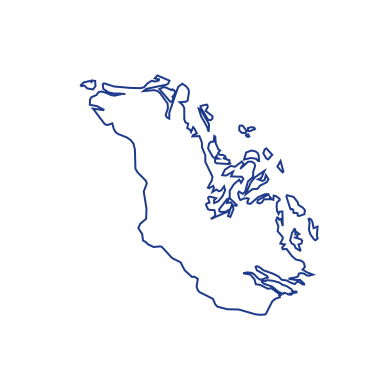 the County of Stockholm, rotated 292°
{"feature_id": "SWE-194", "entity_name": "Stockholm", "entity_type": "County", "adm_level": 1, "iso_a3": "SWE", "parent_name": "Sweden", "parent_adm1": "", "projection": "albers", "projection_center": [18.361, 59.539], "detail": "fine", "context": "isolated", "style": "outline", "palette": "blue", "viewbox_px": 384, "rotation_deg": 292, "n_neighbors": 0, "source": "natural_earth", "source_scale": "10m", "svg_char_len": 6138}
<svg xmlns="http://www.w3.org/2000/svg" viewBox="0 0 384 384"><g transform="rotate(292 192 192)"><path d="M232.2,69.0L234.7,79.1L235.3,79.1L236.0,71.8L234.6,64.6L239.6,62.8L242.3,63.3L246.0,67.0L249.6,68.0L251.2,70.3L251.7,73.8L251.6,81.1L252.3,84.1L257.0,90.9L257.8,93.5L256.2,88.1L254.1,82.8L253.1,77.2L254.4,71.1L258.4,68.9L259.8,69.7L260.6,80.1L265.4,95.8L269.1,105.6L271.2,108.3L275.8,109.9L280.1,113.0L280.5,116.3L282.9,119.4L284.1,119.2L283.4,114.9L287.1,116.2L286.8,129.4L283.3,129.2L281.9,128.1L270.6,111.1L267.4,109.3L272.2,118.6L272.7,122.2L271.5,125.7L265.0,136.1L260.7,138.3L253.6,138.7L251.9,140.5L251.5,143.4L257.4,141.2L284.2,139.8L288.8,142.4L287.7,147.2L286.0,150.1L283.7,151.7L275.3,153.7L273.6,152.8L270.6,146.9L269.3,150.5L267.1,153.3L256.6,157.6L254.1,159.8L253.9,162.9L249.5,163.6L248.9,167.0L247.3,168.7L252.5,168.7L251.8,170.3L248.1,174.6L245.1,171.7L243.7,171.6L246.6,177.9L241.6,182.6L237.1,184.6L231.0,190.6L225.0,193.0L213.8,205.3L210.1,206.0L201.9,205.1L201.9,206.5L205.6,209.4L204.1,210.8L199.7,210.9L203.4,213.7L202.8,216.7L204.5,218.5L209.3,219.6L206.0,222.1L199.6,221.9L193.3,219.9L190.1,216.7L192.7,215.5L195.3,216.7L194.5,210.7L193.9,209.4L192.5,209.1L188.7,212.2L186.6,209.7L185.2,209.9L182.1,213.2L182.1,215.5L183.6,219.6L180.0,222.0L177.5,221.9L174.0,219.5L188.7,234.0L183.2,234.4L183.2,236.9L191.5,236.9L194.1,235.3L195.2,235.7L196.0,238.4L196.7,238.4L200.4,229.3L207.2,226.5L214.9,227.9L221.1,231.2L218.9,234.1L223.5,234.7L224.8,232.5L221.1,222.4L226.3,222.4L220.0,217.4L218.9,213.7L225.1,214.2L230.7,218.1L231.5,222.4L238.8,226.7L237.6,229.3L231.5,228.1L241.0,232.6L242.6,236.1L241.8,239.3L239.7,240.8L234.1,241.1L228.9,242.9L222.6,239.9L212.2,241.2L209.3,239.8L210.0,235.4L207.9,235.3L204.3,237.8L202.6,239.8L205.2,242.3L207.0,245.6L207.0,247.1L203.4,247.0L202.3,248.0L203.0,250.7L211.8,255.1L217.3,260.5L218.9,264.4L209.1,256.1L206.7,256.5L206.7,259.0L208.4,260.6L212.3,261.6L214.6,267.3L216.7,265.9L215.2,268.8L215.2,270.3L219.2,269.1L219.7,271.0L218.6,275.5L217.6,276.4L214.0,274.7L209.9,276.0L206.0,278.2L204.1,280.5L206.4,280.4L207.8,283.1L194.4,288.9L200.3,284.5L198.9,283.1L200.3,281.8L200.3,280.5L196.9,280.7L192.7,284.9L187.7,286.1L184.4,292.6L183.0,293.6L177.3,293.2L178.1,297.7L174.1,296.4L172.9,297.7L174.6,301.0L170.0,308.7L168.3,313.5L169.2,319.3L168.2,322.2L164.9,324.8L161.5,323.6L160.6,329.0L160.7,335.1L158.1,331.7L157.7,329.2L158.4,326.4L157.3,322.8L156.3,321.6L154.0,322.1L152.2,320.9L147.8,314.0L149.3,321.4L151.0,325.1L149.1,330.1L148.3,330.7L147.8,329.7L148.8,323.5L145.1,321.7L144.9,317.8L145.5,313.0L144.4,309.0L144.4,307.4L146.0,304.3L146.6,297.8L146.2,287.6L147.6,282.6L147.6,280.2L146.5,279.0L143.7,281.4L142.3,293.1L141.1,294.4L136.3,288.5L136.7,285.4L138.9,280.7L139.5,277.8L138.1,273.2L135.8,269.9L137.3,277.1L134.4,282.7L130.4,285.7L131.4,290.2L130.7,298.7L132.5,301.7L129.7,312.7L128.7,311.6L127.4,312.9L124.3,309.4L120.8,307.4L106.8,306.2L105.7,305.5L103.5,300.8L102.3,296.2L100.6,279.5L96.5,268.6L95.2,258.5L96.5,255.7L100.8,251.4L102.0,236.5L103.3,233.9L106.0,231.7L113.6,230.0L114.4,225.8L113.2,223.9L116.7,214.5L122.5,207.8L123.3,198.3L129.8,184.6L129.7,183.0L126.6,176.9L127.0,170.7L128.2,168.2L128.7,164.7L134.3,161.6L138.5,155.7L143.1,155.9L150.0,159.5L159.6,156.0L174.3,147.1L183.0,146.9L185.2,144.9L189.8,134.2L192.4,130.8L209.9,123.2L214.9,119.6L217.2,115.6L218.2,111.1L218.1,102.2L218.8,98.9L221.3,95.7L225.8,92.4L222.9,89.1L222.2,87.7L222.3,85.6L232.2,69.0ZM246.1,195.7L241.5,200.4L241.0,202.5L238.3,201.6L236.8,203.1L238.0,207.3L237.6,209.5L236.5,210.3L235.6,209.7L235.1,207.9L235.4,214.9L233.4,215.4L232.8,216.7L231.6,215.4L227.8,203.9L228.3,202.2L230.8,201.2L231.9,201.8L232.9,204.1L233.1,202.1L235.0,201.3L231.9,200.5L232.2,198.2L238.4,190.6L243.2,189.7L245.4,190.6L246.9,193.2L252.3,191.7L252.1,192.8L246.1,195.7ZM140.7,307.0L139.9,310.5L140.2,315.0L139.4,319.2L139.1,320.7L137.6,322.1L138.7,326.3L138.0,326.5L135.1,321.9L135.0,322.9L134.1,322.6L133.1,320.1L133.3,316.6L132.6,314.8L131.7,314.6L131.6,313.1L131.9,309.4L134.3,301.8L133.9,292.6L134.8,290.4L136.0,290.3L136.6,293.1L138.5,294.9L140.0,300.3L140.7,307.0ZM224.6,281.3L225.5,288.0L222.1,293.9L219.9,295.4L219.0,300.5L217.5,303.5L213.5,304.5L210.0,300.5L209.7,298.9L211.9,297.7L210.7,293.9L213.5,292.5L213.7,291.0L212.9,290.4L213.3,289.4L223.2,281.2L224.6,281.3ZM219.3,251.4L217.4,247.1L210.0,242.7L222.7,242.9L229.3,244.9L238.9,251.3L231.0,251.0L228.5,248.6L228.7,253.3L230.3,254.8L235.3,254.2L232.4,258.2L229.0,257.6L223.4,252.7L219.3,251.4ZM278.8,135.0L279.9,135.4L279.5,137.8L276.7,139.5L272.9,138.2L271.9,139.5L268.2,139.8L267.6,138.0L275.2,123.2L278.3,126.0L279.1,128.3L278.8,135.0ZM194.1,303.9L193.2,307.2L191.5,305.6L189.9,306.4L188.4,305.0L188.9,310.8L188.2,312.4L185.3,312.8L183.3,310.4L178.6,314.4L178.0,314.1L178.9,309.0L181.4,306.6L181.5,303.9L183.8,301.1L191.3,300.1L196.1,300.8L196.0,301.7L192.0,303.5L194.1,303.9ZM207.5,312.5L210.7,310.2L211.4,310.8L211.0,312.8L209.4,314.8L204.0,318.3L206.9,321.4L198.4,324.1L196.0,325.9L193.5,324.6L193.8,322.8L197.1,317.6L201.0,314.5L207.5,312.5ZM245.7,234.0L241.6,228.1L248.9,227.4L252.8,231.7L253.4,235.7L252.8,238.2L251.2,239.9L245.9,242.6L245.5,241.7L246.8,239.0L245.7,234.0ZM184.4,224.6L186.2,223.7L198.5,227.2L199.8,228.5L194.9,228.6L196.9,231.6L195.8,233.8L190.7,234.0L186.2,230.5L184.3,226.1L184.4,224.6ZM248.8,56.0L250.4,52.3L248.7,49.8L249.3,48.9L252.9,50.4L256.7,55.7L256.3,57.6L257.9,57.3L258.7,60.6L253.9,62.9L250.0,61.8L248.8,56.0ZM274.9,167.7L278.6,172.9L278.4,173.7L276.6,174.8L272.3,174.2L270.0,182.5L267.9,183.5L265.5,182.4L265.0,179.9L273.4,168.6L274.9,167.7ZM271.9,168.8L261.3,182.4L254.1,184.9L258.3,181.3L265.6,172.1L271.9,166.9L271.9,168.8ZM258.8,243.5L260.3,244.7L256.5,252.5L250.8,250.4L251.0,248.2L254.6,243.6L258.8,243.5ZM272.5,214.0L269.1,219.7L266.8,219.4L265.5,216.1L266.8,212.8L269.5,211.6L271.4,211.4L272.5,214.0ZM247.5,261.7L253.9,262.5L245.1,269.1L244.1,268.5L247.5,261.7ZM274.3,222.5L275.0,225.7L273.9,226.8L269.8,222.5L269.7,221.1L272.1,219.9L274.3,222.5ZM264.8,220.7L266.0,221.3L266.5,222.6L265.0,224.2L264.1,223.5L264.0,222.1L264.8,220.7Z" fill="none" stroke="#1e3a8a" stroke-width="2"/></g></svg>